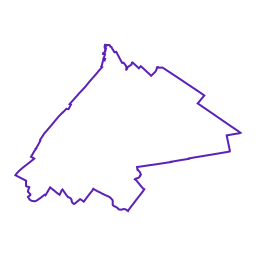 Jilava, Ilfov, Romania (Robinson projection)
{"feature_id": "2599482B22366315272934", "entity_name": "Jilava", "entity_type": "district", "adm_level": 2, "iso_a3": "ROU", "parent_name": "Romania", "parent_adm1": "Ilfov", "projection": "robinson", "projection_center": [26.086, 44.34], "detail": "fine", "context": "isolated", "style": "outline", "palette": "violet", "viewbox_px": 256, "rotation_deg": 0, "n_neighbors": 0, "source": "geoboundaries", "source_scale": "gbopen_adm2", "svg_char_len": 4741}
<svg xmlns="http://www.w3.org/2000/svg" viewBox="0 0 256 256"><path d="M229.7,151.5L229.9,151.1L229.8,150.4L229.7,150.0L228.4,143.6L227.0,137.0L226.7,135.4L227.8,135.2L231.9,134.5L233.9,134.1L236.0,133.8L238.8,133.4L239.5,133.2L239.8,133.1L240.5,132.8L237.0,130.3L235.8,129.5L234.0,128.3L232.6,127.3L232.2,127.1L229.3,125.1L224.2,121.6L218.4,117.6L209.8,111.7L206.8,109.6L204.1,107.8L197.7,103.4L204.3,95.5L199.9,92.4L184.9,82.4L181.7,80.2L166.1,69.9L162.6,67.6L158.5,67.7L157.7,67.7L157.7,67.3L157.7,67.1L157.1,67.3L156.9,67.4L156.8,68.4L156.4,69.7L156.3,69.9L156.1,70.4L156.0,70.5L155.8,70.9L155.8,71.0L155.5,71.5L155.1,72.0L151.1,75.8L150.5,75.1L142.6,67.8L140.8,66.2L138.9,68.3L136.6,66.2L132.3,62.2L132.0,62.0L132.0,61.9L131.5,64.6L128.9,66.3L128.3,66.8L127.8,66.9L127.4,67.3L127.3,67.6L127.2,68.0L127.1,68.3L127.1,68.9L126.4,69.1L126.3,69.6L126.2,69.6L126.2,69.1L126.5,67.9L126.0,66.0L125.8,65.6L123.7,62.8L123.1,62.7L122.9,62.8L122.7,62.8L122.1,62.9L121.8,62.4L120.0,59.0L116.3,51.9L115.5,52.2L115.3,52.2L115.2,52.2L114.9,52.2L114.8,51.9L114.6,51.9L114.3,52.1L111.9,48.1L111.6,47.2L110.9,46.7L110.4,46.7L109.6,45.1L109.4,45.1L107.5,45.0L105.0,44.8L104.8,45.6L104.6,46.8L105.6,47.0L105.4,47.2L105.1,48.4L105.9,48.6L105.8,48.8L105.5,49.5L105.3,49.4L105.1,50.4L105.5,50.5L105.2,51.3L104.9,51.2L104.6,52.1L104.8,52.1L104.5,53.3L103.3,53.0L103.0,53.9L105.0,54.4L104.8,55.0L104.3,56.6L104.0,57.1L103.7,58.3L104.3,58.5L104.9,59.0L105.0,59.0L104.6,60.4L104.1,60.1L103.6,59.8L103.3,59.6L103.3,59.8L103.2,60.0L101.9,65.0L101.6,66.2L101.5,66.4L101.3,66.6L102.1,67.1L98.9,70.6L97.0,73.0L95.8,74.4L90.0,81.0L84.9,87.2L80.2,92.2L80.1,92.3L75.2,97.8L69.6,104.1L70.9,104.7L68.5,109.2L66.4,108.8L62.8,112.5L62.7,112.4L59.0,116.1L55.4,120.4L55.3,120.5L51.2,125.5L50.2,126.6L49.5,127.5L49.3,127.7L47.7,129.5L46.4,131.1L44.6,133.1L44.3,133.4L42.7,135.9L40.0,140.0L40.4,140.6L38.5,144.2L36.5,147.7L36.5,147.8L35.9,148.4L36.2,148.5L35.7,149.3L35.2,150.0L34.4,150.9L34.3,151.2L33.8,152.0L32.0,155.1L31.0,156.8L34.1,158.4L34.3,158.6L29.7,162.3L23.5,167.1L21.8,168.5L19.5,170.5L18.7,171.3L17.8,172.2L16.5,173.7L15.4,175.2L26.1,180.7L26.0,182.6L26.0,183.2L26.0,183.5L26.0,183.9L26.0,184.7L26.0,185.1L26.1,185.9L26.1,186.1L26.6,186.3L27.1,186.5L28.4,186.9L29.3,187.2L29.3,187.3L29.2,187.4L28.8,188.6L28.4,189.7L27.9,191.0L27.9,191.7L28.1,191.8L28.4,192.2L28.7,192.5L29.2,193.1L29.7,193.6L30.2,194.1L30.4,194.3L30.4,194.7L30.3,195.1L30.1,195.3L29.5,195.7L28.4,196.4L28.0,196.7L27.9,196.9L28.1,197.2L29.0,198.5L29.5,199.3L30.1,199.9L31.0,200.5L31.7,200.8L33.2,201.1L34.4,201.3L35.1,201.1L35.8,201.0L36.4,200.7L37.3,200.1L38.3,199.5L38.8,199.1L39.8,198.4L41.2,197.4L42.2,196.5L43.1,195.9L43.7,195.4L44.1,195.1L44.6,194.7L44.9,194.9L45.4,195.2L45.5,195.3L45.6,195.2L47.3,192.2L49.1,189.1L49.9,187.7L50.1,187.4L50.5,187.7L51.0,188.1L51.9,188.8L54.5,190.8L55.4,191.6L57.2,193.1L59.2,194.5L59.6,194.8L60.1,193.9L60.9,192.1L61.5,190.7L62.0,190.0L62.5,189.5L63.6,191.1L64.6,192.5L66.1,194.7L66.6,195.3L67.3,196.2L67.9,197.1L68.1,197.1L68.3,197.1L68.5,197.2L68.7,197.3L69.2,197.5L69.4,197.6L69.7,197.8L69.9,197.9L70.3,198.1L70.6,198.4L71.0,198.8L71.1,199.0L71.4,199.4L71.4,199.6L71.5,199.7L71.5,199.8L71.5,200.1L71.6,200.4L71.8,201.6L71.9,201.9L72.1,202.2L72.1,202.3L72.4,202.6L72.5,202.8L72.8,203.0L73.1,203.3L73.3,203.6L73.4,203.8L73.8,203.9L74.5,203.8L78.9,200.2L80.0,199.2L80.4,199.2L80.7,199.4L83.8,201.7L86.6,197.8L86.9,197.4L88.7,195.1L89.7,193.8L91.1,192.1L92.5,190.3L93.3,188.8L94.2,189.3L95.3,190.0L96.3,190.6L97.1,191.0L98.0,191.5L98.8,191.9L99.8,192.3L100.8,192.9L101.3,193.1L102.2,193.7L103.1,194.0L104.0,194.5L105.7,195.3L107.1,195.9L108.8,196.6L109.5,197.1L110.2,197.6L110.9,198.3L111.4,198.8L112.1,199.7L112.6,200.2L112.8,201.4L112.7,202.6L112.7,203.6L112.7,204.8L113.0,205.3L113.3,205.6L113.7,205.9L114.3,206.2L115.5,206.8L116.4,207.3L117.0,207.6L118.0,208.4L118.4,209.0L119.0,209.5L120.2,209.6L121.6,209.7L121.8,209.6L122.7,209.3L122.9,209.2L123.8,209.0L124.9,209.2L125.8,209.5L126.7,210.0L127.1,210.6L127.5,211.2L127.4,211.2L127.6,211.2L129.4,208.9L132.0,205.4L132.2,205.2L132.4,205.0L136.0,200.2L136.6,199.4L138.8,196.6L142.8,191.5L144.1,189.5L144.3,189.2L143.4,188.8L143.2,188.6L142.8,188.2L142.2,187.5L140.4,185.4L136.7,180.8L136.0,180.1L135.3,179.6L134.8,179.3L134.9,179.1L135.6,178.8L136.2,178.5L137.3,178.2L138.6,177.8L140.0,176.3L140.2,175.9L140.0,175.6L140.9,174.7L140.7,174.1L139.9,172.2L138.8,170.9L138.2,170.4L138.0,169.8L137.5,169.8L137.0,167.0L140.9,166.5L149.6,165.2L156.2,164.3L170.4,162.1L171.3,162.0L171.2,161.7L172.0,161.6L175.7,161.0L181.3,160.0L185.3,159.4L189.0,158.8L188.9,158.4L191.7,157.9L194.7,157.4L195.3,157.3L203.8,155.9L209.3,155.0L214.7,154.1L229.3,151.6L229.7,151.5Z" fill="none" stroke="#5b21b6" stroke-width="2"/></svg>